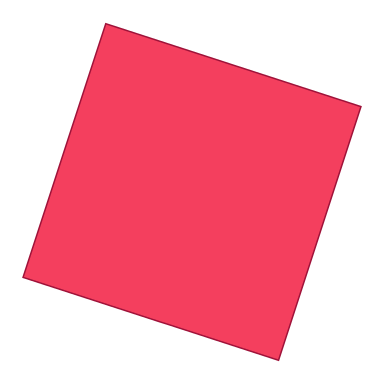 the district of Belyuen, Northern Territory, Australia, rotated 108°
{"feature_id": "25037944B37494903355321", "entity_name": "Belyuen", "entity_type": "district", "adm_level": 2, "iso_a3": "AUS", "parent_name": "Australia", "parent_adm1": "Northern Territory", "projection": "albers", "projection_center": [130.693, -12.538], "detail": "fine", "context": "isolated", "style": "filled", "palette": "rose", "viewbox_px": 384, "rotation_deg": 108, "n_neighbors": 0, "source": "geoboundaries", "source_scale": "gbopen_adm2", "svg_char_len": 367}
<svg xmlns="http://www.w3.org/2000/svg" viewBox="0 0 384 384"><g transform="rotate(108 192 192)"><path d="M239.7,326.2L307.1,326.3L325.4,326.3L325.4,302.5L325.4,182.3L325.3,174.6L325.3,171.3L325.3,161.0L325.3,123.5L325.3,57.7L194.2,57.7L58.6,57.7L58.6,83.5L58.6,194.1L58.6,326.0L194.1,326.2L239.7,326.2Z" fill="#f43f5e" stroke="#9f1239" stroke-width="1.5"/></g></svg>